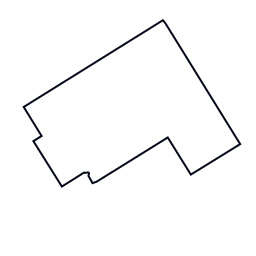 the district of Carter, Oklahoma, United States of America, rotated 148°
{"feature_id": "52423323B10262331095216", "entity_name": "Carter", "entity_type": "district", "adm_level": 2, "iso_a3": "USA", "parent_name": "United States of America", "parent_adm1": "Oklahoma", "projection": "albers", "projection_center": [-97.204, 34.289], "detail": "fine", "context": "isolated", "style": "outline", "palette": "ink", "viewbox_px": 256, "rotation_deg": 148, "n_neighbors": 0, "source": "geoboundaries", "source_scale": "gbopen_adm2", "svg_char_len": 393}
<svg xmlns="http://www.w3.org/2000/svg" viewBox="0 0 256 256"><g transform="rotate(148 128 128)"><path d="M215.1,113.4L188.8,113.5L188.2,112.7L185.4,111.5L184.9,110.4L186.9,108.4L187.3,100.0L183.1,99.1L99.3,98.9L99.4,55.2L41.4,54.9L41.3,84.3L41.1,127.9L40.9,166.8L40.8,197.0L41.3,200.9L205.3,201.1L205.5,167.0L215.2,167.0L215.1,113.4Z" fill="none" stroke="#020617" stroke-width="2"/></g></svg>